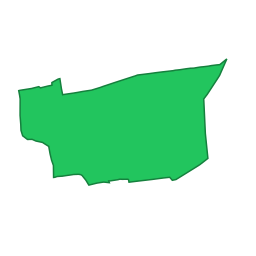 outline of Nazareno Etla, Oaxaca, Mexico, rotated 173°
{"feature_id": "50627088B30693965136566", "entity_name": "Nazareno Etla", "entity_type": "district", "adm_level": 2, "iso_a3": "MEX", "parent_name": "Mexico", "parent_adm1": "Oaxaca", "projection": "mercator", "projection_center": [-96.827, 17.182], "detail": "fine", "context": "isolated", "style": "filled", "palette": "green", "viewbox_px": 256, "rotation_deg": 173, "n_neighbors": 0, "source": "geoboundaries", "source_scale": "gbopen_adm2", "svg_char_len": 1571}
<svg xmlns="http://www.w3.org/2000/svg" viewBox="0 0 256 256"><g transform="rotate(173 128 128)"><path d="M213.2,122.9L208.9,119.4L208.5,111.9L207.8,105.5L206.6,99.9L207.9,88.0L206.6,88.0L205.3,88.3L204.1,88.5L199.0,88.2L195.7,88.3L190.6,88.4L187.7,88.5L184.1,88.2L182.3,88.0L180.6,87.4L179.9,87.0L179.3,86.4L176.1,81.2L174.6,77.8L173.8,76.1L165.5,77.1L158.9,77.3L157.4,77.0L154.5,76.3L153.2,76.0L153.6,77.8L152.0,77.7L145.0,77.9L143.5,78.0L143.0,78.2L141.7,78.1L140.1,77.8L134.7,77.2L134.3,77.1L134.0,76.9L133.8,76.6L133.8,76.3L133.7,75.6L133.6,74.1L126.2,74.1L110.2,74.0L99.4,74.1L92.6,74.0L90.4,70.7L86.7,71.0L73.5,77.1L61.3,82.8L52.4,88.1L51.9,113.1L49.3,147.6L45.2,151.8L33.6,165.5L30.7,169.0L21.5,184.5L29.2,179.7L32.4,179.8L35.0,179.8L37.5,179.8L40.5,179.6L42.9,179.6L45.7,179.6L48.5,179.7L51.5,179.6L55.5,179.4L58.7,179.7L62.5,179.7L66.2,179.6L69.6,179.5L74.1,179.6L76.4,179.4L86.7,179.5L93.6,179.5L100.1,179.4L108.4,179.4L111.8,179.4L112.2,179.4L114.1,178.9L114.5,178.8L115.7,178.6L120.4,177.7L135.8,174.7L137.3,174.4L140.2,173.8L147.7,172.3L150.2,171.7L150.4,171.7L150.7,171.6L159.7,170.0L164.0,169.9L168.3,169.8L173.1,169.5L175.3,169.4L177.6,169.3L187.1,169.1L188.8,169.0L189.3,175.2L189.6,185.3L190.6,185.2L191.9,184.9L193.3,184.3L198.0,182.4L198.3,179.7L202.4,179.4L210.0,178.5L211.5,179.9L218.0,179.1L218.4,179.0L229.7,178.6L231.2,178.5L231.9,178.4L231.6,173.6L231.5,170.1L231.6,169.2L233.6,153.6L234.0,144.5L234.5,138.7L233.5,133.1L229.2,128.9L224.5,128.4L221.0,126.3L214.6,124.1L213.2,122.9Z" fill="#22c55e" stroke="#15803d" stroke-width="1.5"/></g></svg>